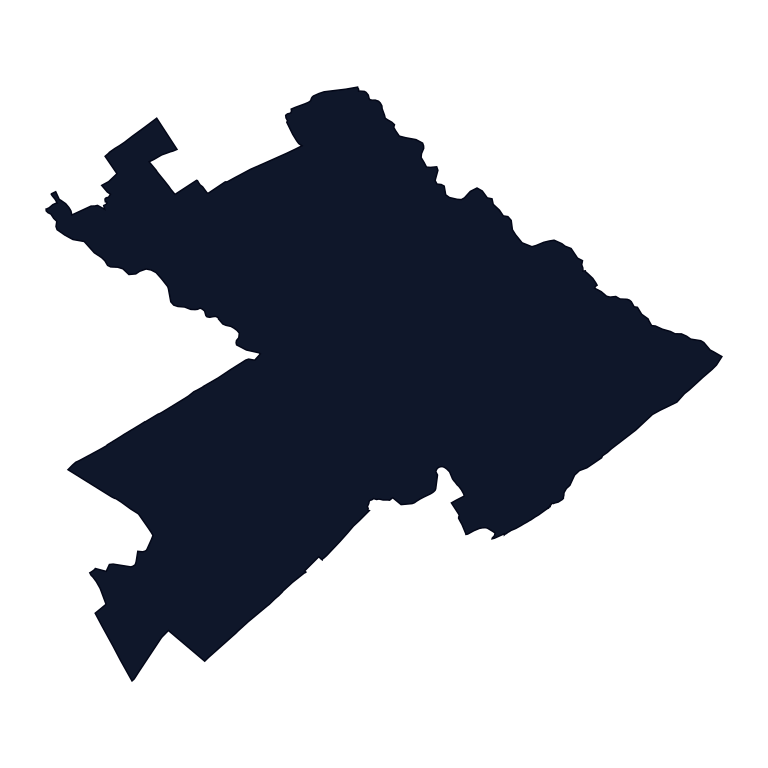 Bucsani, Dâmbovita, Romania
{"feature_id": "2599482B69669655594172", "entity_name": "Bucsani", "entity_type": "district", "adm_level": 2, "iso_a3": "ROU", "parent_name": "Romania", "parent_adm1": "Dâmbovita", "projection": "natural_earth1", "projection_center": [25.633, 44.864], "detail": "fine", "context": "isolated", "style": "filled", "palette": "ink", "viewbox_px": 768, "rotation_deg": 0, "n_neighbors": 0, "source": "geoboundaries", "source_scale": "gbopen_adm2", "svg_char_len": 6057}
<svg xmlns="http://www.w3.org/2000/svg" viewBox="0 0 768 768"><path d="M132.0,680.9L133.9,679.3L134.7,678.2L139.2,671.2L161.0,638.3L162.1,636.9L168.4,630.5L204.7,661.2L208.7,657.3L236.7,632.4L236.7,632.2L248.0,621.9L267.1,606.0L269.3,604.3L274.5,599.2L277.6,596.5L278.3,596.0L282.3,592.0L283.0,591.0L292.3,582.5L304.3,573.0L305.3,572.6L305.9,572.1L304.5,571.0L318.8,556.7L321.2,559.1L322.3,559.9L322.7,558.7L323.8,558.1L326.6,555.6L340.3,541.1L347.8,532.7L353.4,526.1L359.3,520.6L369.3,510.6L368.3,510.3L367.8,509.5L368.2,508.4L367.4,506.6L368.7,503.7L369.3,500.9L370.4,500.2L371.6,499.9L372.8,499.2L373.5,498.5L376.6,499.5L378.5,499.1L379.9,499.2L383.1,500.0L388.0,500.0L389.6,500.2L392.7,497.7L401.1,504.6L412.1,503.6L414.5,502.7L416.4,501.3L420.1,499.0L423.7,497.1L430.4,493.9L432.4,492.7L433.6,491.8L435.1,490.3L435.7,488.8L437.5,475.0L435.9,471.9L435.9,471.2L436.3,470.1L437.2,468.5L438.5,467.5L439.7,466.9L441.7,466.6L443.2,466.8L444.7,467.5L446.7,468.9L449.6,471.8L452.5,478.8L453.9,480.8L454.7,481.6L457.2,484.9L458.8,486.3L461.4,489.8L463.3,493.2L464.0,494.8L464.1,495.6L463.8,496.3L456.2,500.2L451.4,502.9L458.8,514.3L459.3,515.9L458.7,516.9L458.6,518.3L460.3,521.5L462.0,524.5L465.9,533.9L465.9,534.4L466.9,534.3L467.9,534.0L473.9,530.7L479.4,528.4L482.6,527.8L485.1,527.7L486.2,527.8L487.5,528.2L493.1,531.6L494.5,532.6L495.0,533.2L495.0,533.6L494.4,535.8L492.3,538.0L492.1,538.8L494.5,538.2L504.2,533.8L504.3,534.9L505.0,534.2L506.6,533.4L507.6,532.5L509.6,531.4L510.9,530.5L515.7,528.5L521.1,525.5L523.7,523.9L527.0,522.1L529.4,520.6L530.8,519.9L535.2,516.9L538.6,514.9L545.8,509.7L547.4,508.6L548.4,508.2L548.1,507.6L549.6,507.0L550.2,506.6L550.0,505.5L550.2,505.2L550.7,505.1L551.1,504.6L551.5,503.6L552.0,503.3L553.2,503.6L554.7,503.0L558.2,502.1L562.3,499.5L563.4,498.3L563.4,497.0L563.8,495.6L564.0,492.7L566.4,488.5L569.9,485.3L574.6,475.1L579.4,470.6L586.9,467.8L601.6,457.8L602.5,455.8L607.5,452.3L611.5,448.7L635.8,430.0L652.4,414.5L660.2,410.2L676.9,402.1L684.5,393.6L689.3,389.8L702.8,377.4L712.1,369.4L716.5,365.0L721.9,356.6L713.4,351.7L710.1,350.0L703.8,342.5L700.8,340.7L690.7,339.1L686.6,336.2L681.5,333.9L675.0,333.8L670.5,331.5L662.4,329.2L655.4,326.0L651.6,325.6L648.9,320.8L648.1,318.9L641.7,314.3L637.4,307.3L634.1,306.8L631.3,301.7L629.4,300.1L627.1,299.3L620.0,299.0L615.8,296.5L610.1,297.1L606.5,296.2L601.3,291.7L594.6,288.2L595.5,286.3L597.1,285.2L595.8,282.9L592.8,278.4L587.2,273.1L585.9,272.2L585.3,270.8L583.0,271.2L582.8,267.8L581.7,264.7L582.5,260.7L577.5,258.1L571.1,248.5L565.1,246.2L561.9,243.7L554.1,240.2L549.2,241.0L543.8,242.3L536.1,245.5L531.9,246.7L522.1,242.8L515.6,234.8L512.4,229.7L511.2,220.4L507.9,216.6L503.3,215.9L499.4,210.1L493.2,204.3L492.0,198.8L487.3,197.9L482.3,191.0L477.0,188.0L470.3,191.4L464.5,197.8L461.4,199.6L457.1,199.3L449.4,197.5L445.7,194.8L444.2,186.1L441.2,184.5L437.0,184.1L435.1,180.5L437.9,170.3L436.7,166.8L430.4,167.4L426.5,167.1L424.1,162.5L421.1,157.5L421.5,153.6L423.7,148.4L423.6,145.9L422.6,143.1L416.0,139.6L405.6,137.7L399.3,136.1L395.6,130.7L393.7,127.3L394.5,124.7L391.8,122.2L387.4,119.7L385.2,118.2L384.5,115.2L382.1,108.6L381.9,105.9L380.3,103.0L378.5,101.2L375.2,100.1L372.3,100.2L370.0,99.7L369.1,98.6L368.3,95.1L366.1,92.4L364.4,91.4L358.6,91.0L358.6,89.2L357.7,87.7L357.6,87.1L345.7,89.2L324.1,91.8L319.0,93.5L313.4,96.0L312.2,97.1L311.5,98.2L310.6,100.8L308.5,102.3L305.0,103.8L295.2,107.4L291.2,109.1L291.5,111.2L290.6,113.1L287.4,113.9L285.7,115.3L286.0,117.9L287.5,120.6L286.8,122.3L292.7,134.3L296.7,140.8L298.8,143.6L302.0,145.8L294.8,149.4L286.6,153.3L262.4,164.1L250.5,169.3L239.5,175.2L235.3,177.4L227.1,181.9L225.8,181.8L225.0,182.0L210.4,191.8L208.8,192.9L208.0,193.2L207.3,193.0L206.7,192.4L202.6,186.8L200.1,184.9L198.6,182.7L197.5,180.7L196.7,180.3L196.3,180.5L175.0,194.4L170.7,189.2L168.7,186.3L164.2,180.6L158.8,174.0L157.0,171.7L156.2,170.3L149.1,161.8L153.8,159.5L161.7,154.9L166.8,153.1L170.3,151.8L172.9,151.1L177.0,149.4L156.7,118.2L144.3,127.5L132.5,136.1L124.5,142.3L119.6,145.6L114.8,148.5L109.4,152.3L109.1,152.6L109.1,152.9L105.1,156.3L117.0,173.7L108.7,181.6L101.7,185.4L107.3,192.0L110.5,194.2L108.4,197.4L107.1,197.5L105.7,198.1L105.0,199.0L105.1,200.6L105.4,201.9L106.4,201.7L106.9,202.5L106.8,203.4L106.1,204.3L104.9,205.0L103.7,205.5L104.7,209.3L97.5,205.4L94.8,206.0L91.0,206.1L71.8,215.0L71.0,211.1L70.0,209.3L68.8,207.4L65.7,203.7L60.4,200.0L59.7,199.8L59.1,199.1L55.7,191.7L51.4,193.8L51.3,194.4L52.5,196.1L55.1,199.3L57.2,203.0L56.1,203.2L52.9,204.6L49.1,207.8L46.3,209.1L46.1,209.1L46.2,210.9L48.0,212.7L50.9,214.1L53.8,218.5L56.8,221.3L56.0,226.5L57.1,229.7L65.0,235.2L72.9,239.5L84.2,241.5L94.3,252.8L101.6,257.6L104.9,260.8L107.6,265.4L110.7,266.9L117.7,267.2L122.9,268.8L128.9,274.5L135.8,273.9L139.6,271.3L146.1,269.0L151.1,270.0L156.1,272.6L161.4,278.6L167.7,286.6L168.4,288.7L170.8,301.8L173.7,305.1L177.9,306.5L184.6,307.0L190.7,309.4L195.1,309.6L197.6,309.3L200.1,308.1L202.3,309.1L204.6,311.0L205.9,315.6L207.0,316.8L209.7,317.3L212.8,316.7L215.5,316.4L217.2,317.1L218.5,317.9L218.4,318.8L222.8,324.0L225.9,325.3L230.9,326.4L233.9,328.1L236.9,330.3L239.3,333.1L238.8,337.7L236.5,340.5L236.1,342.8L236.6,344.9L246.4,350.0L259.0,352.8L260.4,353.9L254.7,360.2L248.6,359.1L245.7,360.1L230.3,369.8L218.2,377.9L203.4,386.4L203.6,386.7L201.9,387.5L197.2,390.1L193.9,391.7L188.4,396.1L184.1,398.8L162.4,412.1L159.9,413.5L158.1,414.1L145.0,422.0L144.8,421.8L138.4,425.8L124.4,434.2L119.9,437.1L107.2,444.9L106.5,445.8L99.6,449.7L79.9,460.3L78.3,461.1L75.8,462.2L72.5,465.1L68.0,469.7L111.7,496.9L114.5,498.3L116.0,498.7L121.4,502.2L130.7,509.0L137.7,513.4L138.6,514.1L148.3,528.0L151.3,532.5L153.0,535.4L151.2,540.0L147.0,549.3L146.2,550.5L145.1,551.1L142.7,551.8L137.8,551.3L136.2,561.4L135.7,563.3L135.0,564.9L133.0,566.2L130.9,566.9L113.1,564.1L109.4,564.5L106.2,571.4L95.3,568.5L94.6,569.5L93.1,570.7L91.4,571.9L89.8,572.8L91.1,575.3L92.7,576.8L96.3,581.6L100.2,588.5L105.9,603.8L105.8,604.5L95.2,613.2L101.9,625.8L113.2,646.4L120.5,660.3L132.0,680.9Z" fill="#0f172a" stroke="#020617" stroke-width="1.5"/></svg>